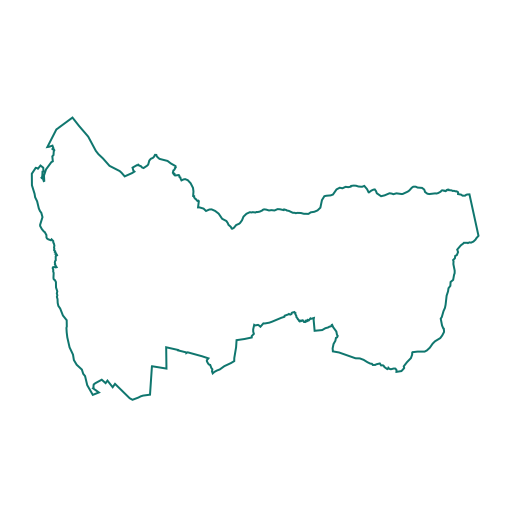 the district of Petricani, Neamt, Romania, rotated 269°
{"feature_id": "2599482B98903803240135", "entity_name": "Petricani", "entity_type": "district", "adm_level": 2, "iso_a3": "ROU", "parent_name": "Romania", "parent_adm1": "Neamt", "projection": "natural_earth1", "projection_center": [26.456, 47.138], "detail": "fine", "context": "isolated", "style": "outline", "palette": "teal", "viewbox_px": 512, "rotation_deg": 269, "n_neighbors": 0, "source": "geoboundaries", "source_scale": "gbopen_adm2", "svg_char_len": 6046}
<svg xmlns="http://www.w3.org/2000/svg" viewBox="0 0 512 512"><g transform="rotate(269 256 256)"><path d="M397.6,74.9L386.0,58.6L368.6,49.3L368.9,51.3L369.9,54.4L367.7,55.2L366.5,54.3L366.2,54.5L366.2,55.7L365.3,56.2L364.1,55.6L360.5,55.3L359.2,54.1L354.2,54.5L353.4,53.0L346.3,47.6L340.1,45.4L334.8,45.6L334.6,45.1L337.3,44.2L337.5,43.2L338.0,42.9L338.4,43.4L340.4,43.8L344.0,44.0L344.1,44.9L344.4,45.0L348.0,44.8L350.2,42.1L347.1,39.5L347.8,38.4L348.0,37.3L342.2,33.3L330.6,33.2L322.0,35.7L318.6,36.2L314.5,38.1L307.3,39.7L304.7,40.8L302.9,42.1L298.6,43.2L291.0,40.7L289.8,40.7L286.7,42.3L284.2,44.3L283.6,45.2L280.6,46.8L278.3,46.8L277.2,47.3L276.3,48.6L275.3,51.2L276.2,51.9L274.5,53.5L272.8,53.6L272.2,54.1L269.9,54.6L267.9,54.2L266.8,54.5L265.4,54.2L264.2,55.3L263.5,54.9L262.5,55.9L261.6,56.3L261.4,55.9L260.9,56.8L260.2,57.1L259.6,55.9L259.0,55.7L255.2,55.7L254.3,55.0L252.7,54.7L251.5,55.1L251.0,54.8L248.3,56.4L248.1,55.5L248.5,53.8L248.2,52.7L247.4,52.5L245.6,53.1L244.3,52.9L242.6,53.4L237.5,53.1L236.2,53.4L235.3,54.6L233.4,55.5L228.0,55.5L224.1,56.7L222.0,56.2L220.2,56.7L218.6,56.2L216.4,56.8L212.5,56.9L209.6,57.5L206.9,59.3L199.9,61.9L195.1,65.6L188.8,65.6L187.4,65.2L182.9,65.4L178.0,65.9L167.9,68.0L160.6,71.3L155.1,72.1L150.4,74.8L145.5,79.9L141.2,81.2L138.9,83.0L129.8,85.0L120.0,90.4L122.3,96.5L126.6,90.7L127.2,91.3L128.4,91.2L130.4,91.5L131.6,93.1L135.0,99.6L131.5,103.4L134.0,105.3L127.3,110.4L130.6,112.8L116.0,127.2L114.4,130.0L116.5,135.9L117.7,138.3L118.4,140.7L119.2,147.6L147.3,150.0L147.6,150.1L145.0,164.5L166.3,164.6L163.4,176.5L163.0,176.4L160.8,184.7L160.2,184.7L160.9,186.0L156.7,200.3L154.5,206.6L152.6,205.0L151.5,205.1L149.2,206.3L148.1,207.4L147.9,208.3L144.8,209.4L143.5,210.4L141.4,210.0L139.4,210.7L140.8,212.3L142.2,215.0L143.2,217.8L146.4,222.4L149.4,229.1L151.3,232.4L154.3,232.5L165.1,234.5L172.2,235.1L173.2,243.0L174.6,250.3L176.1,250.4L178.2,252.5L180.4,251.9L182.7,251.9L187.2,253.0L186.6,254.0L187.1,256.8L186.5,257.8L185.2,259.2L188.5,262.2L188.4,263.7L189.1,268.1L190.0,270.8L193.8,280.3L194.7,283.3L195.8,283.6L197.0,287.2L197.5,287.9L196.8,289.1L197.3,290.4L198.4,290.7L198.8,291.3L199.3,293.4L198.6,293.6L198.3,294.4L197.3,294.3L195.3,295.3L194.3,295.3L192.5,296.7L192.0,296.7L191.0,297.9L190.4,297.9L189.8,298.7L190.6,299.4L190.7,300.1L190.3,300.4L190.9,301.6L189.2,302.8L189.1,304.1L189.5,304.8L190.5,304.6L190.7,305.4L190.1,306.5L190.6,306.9L191.1,306.9L190.8,307.8L192.5,309.2L192.2,309.4L192.4,310.6L193.0,312.8L191.3,312.5L180.2,313.3L180.8,320.9L182.6,324.1L183.3,326.9L184.0,328.0L184.5,330.1L185.7,330.5L185.9,330.9L183.5,331.9L179.1,335.0L175.8,335.6L174.7,336.3L173.3,335.7L172.7,334.5L169.9,333.9L166.7,332.0L162.3,331.0L159.3,331.2L158.1,337.3L152.0,353.7L151.8,358.0L150.3,361.8L147.9,365.5L146.4,368.4L146.2,370.0L145.0,370.9L145.0,373.3L145.6,374.4L146.4,377.9L144.4,379.2L144.5,380.9L144.0,381.7L142.7,382.5L140.6,385.3L141.0,386.0L141.9,386.4L140.9,387.3L140.4,388.9L141.1,391.7L141.0,393.4L139.5,394.5L137.7,394.4L138.4,399.4L140.9,401.8L141.5,402.2L143.1,401.8L147.2,405.1L151.2,409.1L154.6,410.4L156.6,410.5L157.1,410.8L157.6,415.9L157.5,423.0L158.6,425.2L161.3,428.2L165.3,431.1L167.6,433.5L170.7,438.8L173.3,440.8L176.6,442.6L177.5,442.7L180.1,442.5L180.3,442.0L183.3,440.8L190.1,439.6L191.7,440.7L197.6,442.5L200.8,444.0L203.9,444.7L213.0,445.9L217.3,447.4L220.4,447.9L222.8,449.8L226.6,450.1L228.7,452.7L233.7,453.7L235.3,454.3L237.8,454.4L244.5,453.2L247.2,453.4L248.5,453.0L250.2,454.8L252.6,455.2L253.4,456.8L256.4,458.1L258.9,457.3L263.1,461.0L264.9,463.5L265.6,464.1L265.5,467.6L265.2,468.1L265.9,469.6L265.6,471.2L266.6,473.6L268.6,475.8L269.8,476.5L272.3,478.8L313.9,470.5L313.8,468.2L313.5,467.2L312.7,466.1L312.7,463.6L313.8,462.1L314.4,459.1L316.0,459.2L316.5,458.9L317.2,457.6L317.1,457.0L317.7,455.1L317.6,453.8L318.2,452.7L318.5,449.8L319.0,449.7L319.1,449.2L318.6,447.7L318.0,447.6L317.5,446.6L318.1,445.3L317.9,445.1L318.4,443.9L318.3,442.9L317.0,441.6L315.7,439.1L315.3,437.4L315.5,436.3L314.9,430.3L315.3,428.4L317.1,426.1L318.9,425.6L319.7,425.1L321.2,423.2L321.6,418.8L322.5,416.9L322.6,415.1L322.4,414.2L321.5,412.9L318.8,410.4L317.7,408.8L315.5,403.8L315.4,402.8L316.2,397.5L315.4,394.4L316.0,392.9L316.4,390.6L314.4,385.7L313.6,382.1L316.6,377.9L318.8,377.1L320.5,375.9L320.3,374.6L319.4,372.5L317.6,370.0L317.7,369.7L320.9,368.2L324.2,365.5L323.4,363.4L323.4,362.6L323.7,359.6L324.5,357.3L324.7,355.0L324.4,352.3L323.7,352.0L323.2,349.5L323.6,346.8L322.2,343.6L322.8,340.9L321.2,337.7L316.1,334.0L315.3,331.7L315.0,327.3L314.6,325.4L310.7,322.9L303.2,321.2L300.5,318.3L299.2,315.1L298.7,311.5L297.2,309.2L297.4,304.4L298.2,301.7L298.4,298.2L298.1,296.5L298.5,295.5L298.6,293.5L300.5,289.7L301.0,287.5L301.4,287.1L302.1,284.9L301.4,284.5L302.3,280.8L302.5,278.4L301.2,275.3L301.6,272.2L301.3,269.8L302.2,267.0L302.5,264.9L302.0,263.5L301.5,263.2L300.3,260.5L299.9,258.3L300.0,257.2L299.5,256.3L299.9,253.4L299.6,252.4L299.9,250.6L298.4,247.2L295.6,244.2L291.9,242.6L289.4,240.7L288.6,239.8L287.3,236.7L284.6,234.4L283.7,232.8L283.8,232.2L285.6,231.3L287.7,229.0L289.3,228.4L291.5,227.0L293.8,222.8L299.0,219.4L301.8,215.9L303.4,212.4L303.3,210.2L301.9,206.8L304.3,204.4L305.6,200.3L305.6,198.9L311.8,199.8L312.3,199.4L312.0,198.6L312.6,197.8L313.7,197.2L313.9,196.6L315.6,195.2L316.9,195.2L317.1,194.2L321.7,194.6L325.2,194.2L329.9,191.9L333.0,189.1L334.1,186.5L333.8,184.8L332.9,182.8L335.0,181.8L335.8,181.8L336.4,180.8L337.7,180.7L338.3,180.2L337.9,176.5L338.9,175.4L340.1,176.5L339.6,175.2L340.6,174.3L343.0,174.9L343.5,175.7L344.9,176.6L345.4,176.5L346.0,177.3L347.3,177.1L350.0,172.5L352.6,169.2L354.8,161.2L356.5,159.3L357.7,158.4L358.8,158.1L358.9,156.8L356.8,155.6L355.9,154.6L355.0,152.5L353.3,151.0L349.3,149.8L348.2,148.7L345.9,145.1L346.6,143.5L347.9,142.4L348.3,141.1L349.3,139.9L348.8,139.6L348.9,138.5L346.5,134.1L343.5,134.9L342.5,135.9L341.1,133.6L337.9,126.1L341.6,123.0L343.3,121.2L348.7,111.1L356.2,104.7L360.6,100.2L363.9,97.7L378.3,90.3L389.3,81.2L397.6,74.9Z" fill="none" stroke="#0f766e" stroke-width="2"/></g></svg>